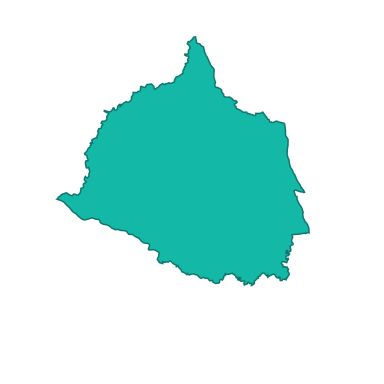 outline of Normandia, Roraima, Brazil, rotated 55°
{"feature_id": "56859067B69420104555391", "entity_name": "Normandia", "entity_type": "district", "adm_level": 2, "iso_a3": "BRA", "parent_name": "Brazil", "parent_adm1": "Roraima", "projection": "mercator", "projection_center": [-60.024, 3.837], "detail": "fine", "context": "isolated", "style": "filled", "palette": "teal", "viewbox_px": 384, "rotation_deg": 55, "n_neighbors": 0, "source": "geoboundaries", "source_scale": "gbopen_adm2", "svg_char_len": 5986}
<svg xmlns="http://www.w3.org/2000/svg" viewBox="0 0 384 384"><g transform="rotate(55 192 192)"><path d="M120.4,306.8L124.4,303.8L126.8,302.7L130.8,302.2L134.5,301.3L139.8,301.0L143.6,299.4L146.2,299.1L150.9,297.8L152.7,296.7L153.7,295.3L155.9,288.6L159.0,286.5L161.0,284.1L162.6,284.0L163.7,284.5L164.8,284.5L167.5,283.2L169.9,280.7L171.3,279.7L173.3,278.8L175.3,278.5L178.9,276.5L180.1,274.2L182.3,272.7L185.6,268.8L186.8,268.2L190.3,268.1L192.8,265.0L196.4,263.8L199.3,262.0L203.1,261.7L205.4,261.0L206.1,260.6L209.2,257.4L210.4,257.0L211.8,257.6L213.4,260.2L214.0,260.6L214.9,260.4L217.1,256.7L218.2,255.7L222.5,253.7L223.7,254.5L225.7,256.4L227.2,259.0L228.3,259.3L229.8,258.7L230.6,259.3L231.6,258.9L233.8,257.1L232.2,256.0L233.8,255.2L234.5,253.0L235.7,251.7L235.9,249.6L236.6,249.1L239.9,248.5L242.7,246.9L244.2,247.7L244.3,245.6L245.8,246.2L249.4,245.6L251.4,246.1L254.5,244.1L256.8,243.6L256.2,242.5L258.4,241.9L259.1,239.1L260.3,237.3L261.6,236.7L262.7,235.4L266.9,234.7L267.7,234.2L268.1,233.5L268.2,232.2L268.7,231.5L270.3,230.7L271.9,228.5L274.8,228.5L276.2,225.9L277.2,226.5L277.9,226.5L280.5,225.1L281.9,222.3L281.9,221.4L280.6,220.3L280.0,219.3L280.3,218.3L281.6,217.6L280.7,215.8L280.2,215.1L279.5,214.9L279.1,214.1L279.5,213.1L279.2,212.2L278.3,212.2L277.9,211.6L279.6,210.5L280.3,209.4L281.7,205.6L282.9,205.4L283.9,204.7L284.9,204.7L285.8,204.3L287.5,204.9L288.1,204.6L288.7,202.9L290.1,201.5L291.0,202.1L290.6,202.8L289.8,203.1L289.5,203.8L289.7,204.6L290.4,204.8L291.4,203.6L292.7,203.4L293.3,202.9L294.3,200.9L295.1,200.1L296.0,200.8L296.6,201.9L298.2,202.4L298.9,199.7L298.7,199.0L298.0,198.4L298.0,197.6L300.0,197.2L301.1,195.5L302.6,197.0L302.9,195.9L302.8,193.6L302.2,192.9L301.3,192.8L300.8,192.1L300.9,191.1L300.2,188.3L300.7,187.1L299.2,186.4L299.9,184.7L299.0,182.1L299.1,180.3L299.6,179.6L300.4,179.3L303.3,178.9L303.3,177.5L304.5,178.5L305.4,178.8L305.2,177.0L305.9,172.7L306.9,171.5L309.2,171.9L311.0,171.5L312.2,170.3L311.6,169.5L312.2,168.8L315.1,170.5L315.8,169.8L316.0,168.5L315.5,167.3L317.9,165.2L316.5,164.0L317.0,163.2L315.6,160.8L315.5,159.8L313.7,159.0L311.7,159.0L311.0,158.5L311.0,157.5L308.1,157.1L307.2,158.6L306.2,159.0L305.4,160.5L304.2,159.4L302.2,159.8L301.3,159.6L300.9,157.9L302.2,156.4L304.2,155.0L302.8,152.9L302.6,152.1L302.1,151.4L301.3,151.4L301.2,153.2L300.0,153.1L298.4,151.6L299.4,149.7L298.8,147.7L298.0,148.2L296.7,149.9L296.0,150.2L295.3,149.6L294.2,148.1L294.7,147.4L296.2,148.3L297.2,147.8L296.7,146.2L297.0,145.2L296.3,144.3L292.9,142.8L292.5,142.0L293.0,139.4L292.2,138.8L291.1,138.7L290.3,139.1L288.9,138.3L287.6,136.8L286.8,135.4L285.2,135.2L284.3,134.5L288.0,128.4L289.9,124.2L291.2,122.6L291.4,120.9L292.6,119.5L288.8,117.1L285.5,116.2L282.5,116.0L281.1,116.5L279.4,115.9L277.1,115.8L273.8,114.1L272.4,112.6L269.8,111.8L267.6,111.2L262.5,111.0L258.8,110.4L255.8,108.6L255.2,109.2L254.3,109.4L251.5,108.5L249.4,107.6L249.8,106.1L253.6,103.4L255.5,101.3L256.6,100.8L256.8,100.0L254.6,99.6L250.8,99.9L247.8,99.4L245.2,99.5L240.9,98.9L237.3,98.0L234.0,98.0L232.1,97.3L228.7,97.2L226.2,96.6L222.0,94.5L220.2,93.8L218.8,93.8L215.7,92.5L211.8,89.5L208.3,86.2L203.9,83.1L199.2,82.9L195.2,80.1L189.6,77.2L188.5,77.2L183.8,81.3L182.6,81.8L181.9,83.6L182.1,84.5L180.9,86.8L180.1,87.0L179.5,88.0L177.8,87.8L177.2,87.4L176.5,87.6L175.8,88.4L173.2,87.9L172.3,88.2L167.2,88.2L167.0,89.0L167.2,89.7L165.8,92.5L164.1,94.7L165.3,95.3L165.4,96.4L165.0,97.1L163.6,98.1L163.1,98.7L161.4,99.6L160.0,100.9L159.7,101.7L157.9,101.4L156.0,104.4L152.1,105.7L149.8,107.4L148.5,107.7L147.4,107.0L145.8,107.4L144.2,106.9L144.6,104.5L144.2,103.4L142.1,103.8L140.9,105.5L138.3,105.7L135.7,106.8L134.4,109.2L132.4,110.8L131.5,111.0L130.4,110.1L127.0,110.3L125.6,109.3L124.2,109.5L121.0,111.1L120.2,112.2L119.3,112.5L118.1,112.3L116.7,111.4L115.9,110.0L110.2,108.2L104.5,103.7L103.2,103.5L99.2,104.0L90.5,102.2L88.2,102.2L83.8,101.2L82.9,100.5L81.8,100.4L79.7,99.3L77.7,100.6L75.3,100.6L73.6,102.1L72.5,102.6L66.9,100.2L66.1,102.1L66.9,103.4L67.6,107.5L66.9,108.2L66.7,109.2L67.8,110.8L70.2,110.4L71.9,110.4L73.0,111.2L74.0,113.7L76.6,115.6L76.5,116.7L75.0,118.6L75.5,119.4L77.4,118.5L78.9,116.8L79.8,117.3L80.9,119.6L83.5,120.6L83.5,122.3L82.9,123.8L83.5,124.2L84.4,124.2L85.2,124.9L85.0,125.7L87.0,128.5L87.2,129.5L89.5,131.3L89.5,136.6L88.8,138.8L88.9,139.8L89.5,140.3L89.8,141.8L91.5,143.1L91.7,143.9L91.1,146.5L90.1,148.0L89.3,148.2L88.9,150.3L88.1,151.5L88.5,152.6L87.9,153.2L86.4,153.8L86.1,157.4L86.9,159.6L86.6,161.2L86.9,162.9L86.0,163.8L83.6,162.7L80.4,163.2L78.2,167.2L79.4,170.6L78.1,171.9L76.5,172.8L76.3,173.6L79.5,176.4L78.7,178.9L79.1,180.0L76.7,183.0L78.9,184.9L79.1,186.6L79.5,187.3L80.9,187.8L81.8,189.4L82.2,191.4L82.1,192.4L81.6,193.3L80.2,194.1L80.0,197.2L80.8,201.8L80.1,201.5L79.3,200.2L78.6,201.2L79.3,203.7L81.4,205.9L81.4,207.1L80.8,208.0L80.0,208.3L78.8,207.7L78.1,208.0L78.1,208.8L79.5,211.5L79.2,213.2L78.6,214.2L75.0,217.0L75.6,217.6L77.2,216.6L78.3,216.3L78.9,215.5L79.6,215.2L80.5,215.6L80.6,217.1L81.5,218.8L83.0,219.4L83.7,220.3L84.0,222.1L83.7,223.3L82.6,224.7L82.6,225.5L83.5,227.0L84.9,226.3L85.8,226.4L86.0,228.1L87.5,229.6L87.5,230.5L86.7,231.9L87.1,232.7L88.3,234.6L90.1,234.7L91.9,238.0L93.2,238.6L92.4,240.4L91.7,243.5L92.2,244.4L94.9,245.4L93.5,246.7L93.8,247.4L94.9,247.0L95.5,247.4L95.6,248.6L96.7,249.8L96.6,251.6L98.4,255.0L98.6,257.1L99.0,258.1L99.7,258.3L102.0,257.1L103.7,258.2L106.0,258.6L106.8,259.5L105.8,260.6L105.8,261.4L106.4,262.1L107.8,263.1L111.6,264.7L112.3,263.9L112.5,262.5L113.4,262.6L114.5,263.5L116.3,263.7L118.2,266.2L120.0,267.4L120.4,269.6L119.6,270.3L118.2,270.3L118.5,271.4L120.3,273.3L121.1,273.4L122.4,272.6L123.2,273.2L123.4,274.0L123.0,275.0L123.1,276.2L123.9,277.1L125.1,277.5L125.8,278.2L125.9,279.0L125.3,280.9L126.3,281.6L128.3,283.8L128.9,284.9L129.2,287.3L128.4,288.3L127.3,288.7L125.8,290.0L126.3,292.1L124.8,293.7L120.9,295.2L120.3,296.1L119.3,300.5L119.7,302.5L119.6,304.4L120.4,305.9L120.4,306.8Z" fill="#14b8a6" stroke="#0f766e" stroke-width="1.5"/></g></svg>